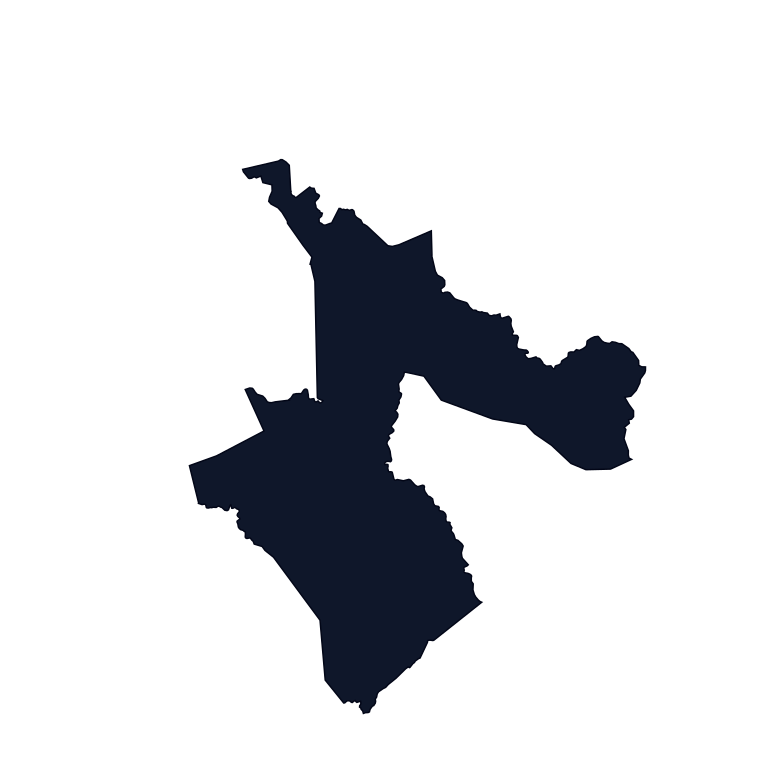 Central Forest Reserve, Soufrière, Saint Lucia (orthographic projection), rotated 144°
{"feature_id": "8701671B48782263961868", "entity_name": "Central Forest Reserve", "entity_type": "district", "adm_level": 2, "iso_a3": "LCA", "parent_name": "Saint Lucia", "parent_adm1": "Soufrière", "projection": "orthographic", "projection_center": [-60.974, 13.868], "detail": "fine", "context": "isolated", "style": "filled", "palette": "ink", "viewbox_px": 768, "rotation_deg": 144, "n_neighbors": 0, "source": "geoboundaries", "source_scale": "gbopen_adm2", "svg_char_len": 6171}
<svg xmlns="http://www.w3.org/2000/svg" viewBox="0 0 768 768"><g transform="rotate(144 384 384)"><path d="M415.0,208.8L416.1,214.1L417.6,216.1L417.6,216.6L416.1,220.8L415.8,222.2L416.0,225.0L415.7,226.3L413.6,227.8L413.2,231.8L412.0,233.1L412.5,233.9L414.2,235.2L414.3,236.6L413.4,238.5L411.7,240.3L410.8,242.2L410.7,244.2L411.3,246.4L413.3,248.6L413.5,249.5L413.2,250.4L411.9,251.7L411.9,252.9L414.4,255.6L414.3,257.9L412.2,262.5L413.0,265.5L414.3,267.7L414.1,272.9L413.2,275.6L411.7,277.0L411.4,278.4L412.4,279.5L416.5,280.9L417.5,281.8L418.4,284.5L419.0,290.7L419.9,292.2L425.2,294.3L429.4,298.9L431.5,299.5L432.0,300.9L429.2,307.8L429.9,308.9L431.6,310.0L431.6,311.0L430.5,313.7L429.0,315.1L428.2,316.5L428.9,317.4L430.6,318.2L430.5,318.8L429.8,319.7L428.4,320.0L426.4,319.3L424.4,317.3L423.2,317.5L422.2,318.5L421.2,321.2L418.6,326.0L417.7,328.9L416.9,333.6L416.2,334.7L414.7,335.8L411.2,336.8L411.0,339.2L410.2,340.0L409.2,340.2L405.8,339.8L403.7,340.2L403.0,341.3L403.3,344.6L403.0,345.3L402.4,345.8L396.8,347.4L392.3,349.3L390.5,351.4L390.3,353.6L390.8,355.8L387.5,356.7L385.5,358.4L382.8,359.7L381.4,362.2L377.9,363.6L376.0,365.3L375.5,366.1L376.3,368.2L376.4,369.3L374.7,371.0L372.4,375.3L371.2,376.3L367.2,377.3L363.2,379.2L360.6,381.6L359.0,380.2L347.1,366.9L347.1,337.3L316.7,291.9L292.9,267.6L291.3,255.3L284.5,236.1L279.4,209.8L271.0,196.0L250.7,182.0L228.0,177.5L229.3,180.1L228.1,182.9L225.5,186.4L222.0,198.7L215.1,205.0L215.1,207.7L208.6,208.1L207.1,211.3L204.4,210.1L201.3,210.9L197.9,215.6L197.9,223.5L197.1,231.8L191.4,229.0L183.7,230.6L176.4,234.5L173.7,237.3L166.5,239.7L164.5,241.3L162.4,244.1L165.4,246.4L166.9,249.3L164.2,253.4L164.1,263.3L165.1,264.9L165.1,268.8L167.9,276.8L170.3,278.7L172.2,281.6L174.7,284.1L177.5,284.1L179.3,285.7L181.5,288.3L182.4,290.8L182.7,296.3L183.0,296.8L186.0,298.5L189.8,299.3L193.8,299.4L194.6,299.2L196.7,296.8L198.5,295.6L202.3,295.6L206.1,296.3L208.2,298.7L211.5,298.2L214.1,300.2L215.8,300.8L216.7,300.6L218.9,298.1L219.8,297.7L225.8,298.2L226.9,298.0L228.9,296.4L231.4,296.7L234.1,297.7L235.1,297.7L236.9,296.2L237.4,296.3L238.0,296.9L238.2,297.8L238.3,300.6L242.0,302.9L242.4,303.6L243.5,306.9L243.0,308.2L243.0,312.4L243.5,313.7L244.9,315.0L245.1,316.6L250.0,318.3L252.5,319.7L253.1,322.2L252.9,324.7L252.0,325.5L251.2,325.5L249.7,324.5L248.9,324.5L248.5,325.3L248.6,326.9L249.0,327.9L250.8,329.3L254.2,332.9L254.9,334.2L254.9,335.0L254.6,336.0L253.5,337.8L247.9,342.7L247.7,344.7L248.1,345.4L251.4,348.0L250.7,349.3L248.6,350.2L247.1,356.0L245.8,358.4L243.6,360.7L243.0,362.1L243.3,365.2L243.6,365.7L249.8,367.8L250.3,368.3L250.3,370.0L249.0,372.6L252.9,373.8L254.5,375.2L256.9,375.9L258.6,377.7L258.7,380.6L261.6,383.4L262.4,384.9L262.8,384.9L264.3,386.0L265.9,387.9L266.2,389.5L267.7,390.8L268.7,391.3L269.6,395.9L269.2,400.2L269.5,401.3L275.0,408.7L276.5,411.1L276.9,412.8L277.2,419.1L278.5,421.0L280.9,422.4L282.6,422.6L283.7,424.6L282.2,427.4L277.9,427.6L276.5,428.5L274.1,432.1L274.4,435.7L276.8,440.7L276.2,445.0L269.8,460.1L269.5,460.0L255.7,480.1L290.2,487.9L296.4,490.4L299.6,493.6L304.9,521.4L306.1,524.5L307.1,525.9L306.4,530.3L308.3,535.0L308.4,537.8L306.7,541.5L307.0,543.5L307.7,544.1L310.1,544.9L311.1,546.9L312.7,547.4L314.1,549.2L315.6,549.8L316.0,551.5L317.2,552.4L331.9,544.9L332.8,545.5L337.8,546.9L339.5,548.1L340.2,550.6L341.1,552.2L341.2,553.2L339.3,556.1L335.8,556.5L333.5,558.4L334.8,560.3L334.3,561.8L335.0,563.7L335.4,566.4L334.3,568.4L333.5,570.8L332.5,572.0L327.9,572.9L325.7,574.1L325.5,575.4L327.0,578.5L325.6,583.4L327.6,585.1L328.3,587.0L345.5,586.5L346.3,587.5L346.3,588.8L347.2,590.1L347.4,591.7L347.1,593.2L345.9,594.5L345.7,595.4L332.1,616.6L332.8,621.2L334.4,625.2L335.6,626.2L338.4,626.4L372.2,640.7L373.0,638.3L372.6,630.2L372.0,629.3L370.1,628.3L367.2,628.0L366.1,625.8L361.4,624.6L363.6,618.1L357.6,611.0L361.2,605.7L366.8,602.4L369.9,599.5L369.6,596.0L366.2,588.9L365.6,582.9L366.4,572.7L367.6,570.7L368.0,543.8L367.7,529.0L373.4,524.4L372.8,523.7L379.6,507.6L445.9,412.2L445.9,410.8L443.2,406.5L444.5,405.9L446.1,405.9L446.8,406.2L447.3,407.1L447.1,408.0L447.3,409.1L449.4,409.3L450.3,410.4L449.4,413.4L452.7,415.2L453.3,415.8L453.1,417.5L451.7,419.6L449.6,424.0L449.7,425.2L450.3,425.9L451.2,426.3L452.5,426.3L456.5,424.8L460.6,427.7L463.4,428.9L467.4,427.4L470.6,427.2L470.5,426.8L482.5,433.5L485.8,434.9L487.4,436.1L488.9,438.1L488.7,442.4L489.2,445.5L492.7,450.2L493.0,453.2L492.8,456.7L493.1,458.0L495.0,459.7L499.5,461.1L508.7,416.5L561.8,424.3L589.4,432.3L603.8,396.9L604.3,396.5L602.1,393.4L600.0,392.4L599.4,391.7L599.3,390.9L600.3,388.6L600.2,388.0L599.2,387.0L596.9,386.0L596.1,385.2L594.5,384.6L592.3,382.8L590.3,382.7L589.3,382.2L588.5,380.4L587.7,379.4L587.0,375.5L585.4,373.8L583.8,373.6L579.9,376.4L579.0,376.3L580.2,373.0L579.4,372.3L577.6,372.0L577.0,371.5L576.5,369.5L575.5,368.1L575.4,366.9L576.2,365.7L578.6,365.1L579.9,364.2L580.1,362.7L579.6,360.5L579.9,359.5L583.4,359.4L584.0,358.8L584.5,356.7L585.9,353.9L586.0,352.2L585.6,350.5L584.0,348.4L583.7,346.8L583.1,346.0L584.3,344.1L586.2,341.8L586.4,340.8L585.7,339.6L583.3,338.5L582.7,337.8L582.7,335.4L582.3,333.6L583.1,330.8L578.1,324.2L578.1,319.3L575.2,308.8L574.6,230.5L605.6,179.0L604.1,149.6L603.2,149.1L600.3,149.4L598.9,148.6L598.0,147.8L597.5,145.7L596.9,145.0L593.7,145.1L593.4,145.0L593.4,143.3L593.1,142.4L589.4,141.1L590.4,139.2L591.5,138.4L592.7,138.1L593.7,137.0L593.2,135.5L593.7,134.3L593.4,132.0L594.3,129.6L592.2,129.0L589.9,127.5L588.5,127.3L586.6,128.9L585.0,129.5L582.8,130.2L581.3,129.9L578.7,130.9L577.3,132.2L576.3,134.2L574.1,135.0L571.6,137.3L569.4,138.2L563.9,138.1L561.0,137.6L557.2,138.4L547.3,138.9L533.9,140.9L530.8,140.9L530.0,139.5L529.5,139.5L525.0,140.8L523.1,140.8L521.5,141.5L517.4,141.5L515.9,141.1L500.8,149.4L499.6,150.6L499.0,150.7L497.4,149.8L495.2,147.7L494.1,147.4L433.2,150.0L434.2,151.7L434.7,153.8L435.0,157.8L434.7,160.5L433.1,165.1L429.3,169.9L429.3,173.1L427.3,175.9L426.1,177.0L425.8,177.9L426.3,179.7L427.4,181.5L429.6,183.8L429.8,184.9L429.2,185.9L428.6,186.1L427.6,188.3L427.1,188.7L423.7,188.0L422.1,188.2L423.0,197.0L422.3,198.9L420.6,202.0L415.2,206.4L415.0,208.8Z" fill="#0f172a" stroke="#020617" stroke-width="1.5"/></g></svg>